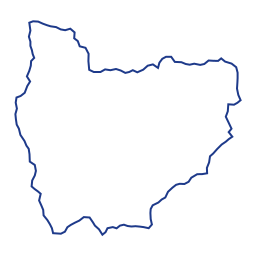 the district of Santa Bárbara do Tugúrio, Minas Gerais, Brazil
{"feature_id": "56859067B74973065797584", "entity_name": "Santa Bárbara do Tugúrio", "entity_type": "district", "adm_level": 2, "iso_a3": "BRA", "parent_name": "Brazil", "parent_adm1": "Minas Gerais", "projection": "albers", "projection_center": [-43.531, -21.243], "detail": "fine", "context": "isolated", "style": "outline", "palette": "blue", "viewbox_px": 256, "rotation_deg": 0, "n_neighbors": 0, "source": "geoboundaries", "source_scale": "gbopen_adm2", "svg_char_len": 1901}
<svg xmlns="http://www.w3.org/2000/svg" viewBox="0 0 256 256"><path d="M53.1,233.2L60.9,233.7L64.9,231.7L67.4,227.2L70.8,224.9L74.9,222.7L79.3,220.6L83.8,217.1L89.6,217.5L92.9,222.3L94.9,225.6L99.0,229.3L102.4,234.7L105.5,232.2L107.5,228.2L112.8,227.1L116.6,228.3L120.0,225.6L123.9,224.7L127.6,226.0L131.4,226.5L135.5,226.2L139.8,226.6L143.6,227.1L148.7,228.2L151.9,224.5L150.7,219.1L150.4,213.0L150.7,209.0L152.7,205.3L158.4,202.5L161.7,199.5L165.3,197.5L168.0,191.8L172.4,187.7L176.1,184.8L179.7,183.8L184.4,184.0L188.6,181.8L191.3,177.7L197.2,174.2L202.2,174.1L207.1,173.3L206.9,167.9L209.1,162.4L210.0,156.3L213.2,153.5L217.1,149.1L221.7,144.5L225.8,141.7L228.8,139.1L232.3,136.7L228.7,132.1L231.5,128.7L228.9,123.2L225.8,116.7L227.8,111.3L228.3,104.3L234.0,104.7L237.4,102.8L240.6,100.2L238.3,94.9L237.0,88.6L237.4,82.5L237.6,78.0L237.6,72.7L236.2,67.2L231.6,63.6L225.1,61.6L221.2,58.4L218.1,60.9L213.4,60.8L208.6,60.5L204.3,64.0L200.2,64.9L194.2,63.7L189.7,64.7L185.7,64.0L181.4,62.2L174.8,61.9L171.2,56.8L166.0,56.8L162.3,58.8L159.4,62.7L158.0,67.9L152.9,64.4L147.7,65.7L143.2,69.7L137.3,72.3L132.8,70.2L129.2,72.0L125.3,72.9L120.7,70.5L116.0,69.0L110.4,70.2L105.1,69.4L100.5,72.0L93.8,72.0L89.2,69.8L88.4,61.1L88.6,53.8L85.5,47.8L79.7,46.3L77.8,41.1L74.2,38.3L74.6,32.4L70.3,28.7L65.2,30.2L60.7,29.4L56.1,27.1L50.6,26.3L47.0,25.2L42.9,23.7L38.2,21.6L33.1,21.3L29.3,22.7L30.4,30.6L28.9,36.7L30.4,41.6L30.4,45.9L31.9,50.2L32.7,54.1L34.2,57.9L31.1,61.1L30.8,65.7L29.3,70.8L26.9,76.4L30.1,81.5L27.3,86.0L24.7,92.8L20.6,96.0L16.5,97.5L15.7,102.6L16.9,108.6L15.4,114.1L15.9,119.1L16.7,124.6L18.9,128.7L20.4,134.9L24.5,141.0L26.4,145.6L28.7,148.8L29.5,154.2L29.8,161.6L34.8,165.0L35.9,170.9L34.8,175.5L32.2,180.5L31.6,186.4L34.6,189.0L37.9,191.4L40.7,193.8L39.1,200.5L41.3,205.4L43.2,209.9L43.6,215.4L47.4,220.1L50.0,224.4L51.9,228.2L53.1,233.2Z" fill="none" stroke="#1e3a8a" stroke-width="2"/></svg>